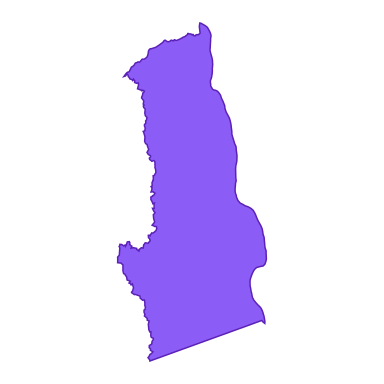 La Guadalupe, Guainía, Colombia
{"feature_id": "7082276B7133073110314", "entity_name": "La Guadalupe", "entity_type": "district", "adm_level": 2, "iso_a3": "COL", "parent_name": "Colombia", "parent_adm1": "Guainía", "projection": "equal_earth", "projection_center": [-67.046, 1.426], "detail": "fine", "context": "isolated", "style": "filled", "palette": "violet", "viewbox_px": 384, "rotation_deg": 0, "n_neighbors": 0, "source": "geoboundaries", "source_scale": "gbopen_adm2", "svg_char_len": 5910}
<svg xmlns="http://www.w3.org/2000/svg" viewBox="0 0 384 384"><path d="M123.9,76.5L125.5,76.0L125.8,75.4L126.3,74.9L126.9,73.8L127.9,74.9L128.3,76.6L129.2,77.5L129.9,78.9L132.3,79.8L132.7,80.5L133.5,79.2L134.1,80.2L134.8,80.9L134.6,82.5L136.6,83.3L138.3,83.0L138.5,85.1L137.5,88.8L140.1,89.8L140.8,89.7L141.5,90.8L142.1,90.9L142.8,90.2L144.3,91.1L143.7,92.5L142.8,93.0L142.5,95.2L141.7,97.0L141.6,98.0L142.1,98.5L142.6,99.4L143.6,100.5L143.7,101.7L143.2,104.1L144.1,105.1L143.3,106.0L143.7,107.5L145.2,109.1L144.8,112.9L145.3,115.7L146.9,117.4L146.5,120.0L145.6,120.9L145.8,123.1L144.5,124.5L144.4,125.9L145.2,127.9L144.8,130.8L143.2,131.4L143.8,132.7L145.0,137.0L144.6,141.2L145.6,143.6L147.2,144.5L147.3,145.2L147.3,145.8L147.7,146.8L148.1,148.0L148.7,149.3L147.0,152.4L148.3,154.5L150.5,155.8L150.6,156.8L149.3,158.2L149.7,159.5L151.9,161.3L153.8,160.5L154.8,161.4L155.0,163.6L154.9,164.4L155.1,166.1L154.9,167.7L155.5,169.1L155.9,172.3L154.3,175.4L153.1,175.8L153.3,177.5L153.3,179.1L153.2,180.3L152.9,180.3L152.6,181.4L152.0,182.7L152.2,185.8L151.0,186.6L152.0,187.8L151.9,188.4L151.8,189.9L151.0,192.0L153.3,191.8L153.7,192.4L155.0,193.2L153.8,195.2L152.5,195.7L152.5,196.3L150.9,197.0L150.9,198.6L150.9,199.6L152.1,201.7L152.9,203.8L154.4,203.1L154.1,204.5L154.1,206.7L154.2,208.4L152.5,208.3L153.7,211.1L155.0,212.6L154.2,213.8L153.3,214.8L153.7,218.8L154.7,221.9L154.0,222.9L152.1,225.2L153.7,225.9L154.6,226.5L155.4,226.4L156.4,226.7L156.6,227.5L156.8,228.4L156.6,228.6L156.1,230.5L155.8,230.8L154.9,231.4L154.6,232.0L153.7,232.5L152.9,233.1L151.7,232.9L150.9,234.2L150.5,234.7L150.1,235.8L149.2,235.2L148.3,235.3L148.5,237.7L149.7,239.0L150.1,240.9L149.0,242.0L148.3,243.2L145.2,242.8L144.4,244.0L143.6,245.0L143.2,248.0L141.2,247.7L140.8,248.4L139.1,249.4L139.2,250.1L138.9,251.1L136.7,249.4L136.7,248.4L133.6,247.7L131.1,248.1L131.9,246.2L131.0,245.7L129.7,244.4L129.9,242.9L129.3,241.6L127.3,241.9L126.2,245.1L125.8,245.6L125.4,246.3L125.0,245.1L123.5,245.8L121.8,244.5L119.9,244.3L119.7,245.7L119.1,246.4L119.8,247.9L119.3,255.2L117.6,257.1L117.7,258.8L117.7,259.9L117.7,261.6L117.6,262.7L121.4,263.2L122.1,264.3L123.0,264.9L122.9,267.1L123.0,269.0L122.9,270.5L123.6,273.6L125.0,274.2L125.4,275.3L126.6,276.9L127.1,280.0L130.2,281.2L129.4,282.5L129.0,283.0L130.3,283.5L131.1,284.9L132.4,283.9L133.5,287.9L133.1,289.0L132.7,290.8L131.5,292.2L131.8,292.9L132.7,293.4L134.3,294.6L135.8,294.5L137.1,295.1L139.9,296.0L140.3,298.4L141.2,298.9L142.5,300.2L144.4,300.0L144.9,303.3L144.8,305.5L145.4,307.1L145.0,309.6L144.1,310.0L144.0,312.0L144.4,313.2L144.9,314.6L144.4,315.9L147.2,318.4L147.2,319.2L147.2,320.2L149.1,321.0L148.3,324.1L148.8,329.7L149.3,330.7L149.7,331.9L150.9,331.8L150.8,335.9L151.3,337.4L153.3,338.2L153.3,339.5L152.7,340.4L152.1,341.2L151.7,344.0L149.3,345.5L149.2,347.7L150.5,348.9L150.4,350.3L152.9,351.8L151.5,353.5L150.0,354.4L148.9,356.6L148.0,357.6L148.4,358.2L149.1,359.0L149.8,360.1L149.9,361.0L261.7,320.5L263.1,322.1L264.8,323.4L264.9,321.4L264.2,317.3L263.8,315.4L263.5,314.7L263.0,312.8L262.2,310.5L261.1,308.3L259.8,306.7L257.9,304.9L256.0,302.8L253.8,300.1L252.5,297.5L252.0,295.4L251.6,293.0L251.0,291.0L250.7,288.5L250.1,285.7L250.0,282.5L250.1,280.1L250.7,277.9L252.3,273.5L253.8,270.5L255.4,268.5L256.9,267.4L261.3,266.3L263.1,266.0L264.9,264.2L265.8,261.7L266.4,259.1L266.3,256.6L266.1,254.0L266.1,250.9L265.0,247.5L264.1,237.4L263.0,234.0L262.7,231.5L262.1,228.6L260.8,225.6L258.7,221.9L257.4,219.4L255.4,214.3L254.2,212.0L253.1,210.2L251.0,208.4L248.5,207.0L246.8,206.3L245.3,205.9L242.9,204.4L240.2,203.1L237.9,200.4L236.5,197.1L236.3,195.5L235.6,193.7L235.1,191.3L235.1,188.5L235.4,185.6L235.6,182.8L236.2,180.9L235.8,177.8L235.6,169.0L235.8,165.8L236.8,161.4L237.0,155.8L236.3,150.2L236.0,146.5L234.7,143.7L232.5,136.5L231.9,134.4L231.8,131.4L230.9,124.0L230.3,121.2L229.4,118.1L227.7,114.9L226.1,111.9L224.9,108.2L224.7,105.6L222.8,100.9L221.8,99.0L221.1,97.2L220.6,95.3L219.1,93.1L217.6,91.3L215.7,90.3L213.8,90.0L212.6,89.2L210.7,86.0L210.7,83.9L210.4,82.9L210.4,80.7L210.9,79.3L211.5,77.7L212.2,73.4L212.4,70.6L212.3,68.8L212.7,64.4L212.5,61.9L212.5,60.5L211.8,57.1L210.8,53.7L210.0,50.3L210.4,44.8L210.4,43.5L210.6,41.2L210.6,40.1L210.6,39.1L210.7,37.9L210.9,37.0L211.0,36.0L210.9,34.8L210.5,33.5L210.0,32.2L209.3,30.7L208.6,29.5L207.8,28.0L207.0,27.0L206.1,26.3L205.0,25.5L203.0,24.4L201.1,23.3L199.8,23.0L199.3,26.5L200.1,33.2L198.7,34.4L198.1,34.8L197.7,34.8L197.3,34.6L196.9,34.6L196.3,34.8L195.9,34.9L195.6,35.4L195.3,35.8L194.3,35.8L193.9,35.7L193.6,35.3L193.5,34.8L193.0,34.4L192.7,34.5L192.4,34.8L192.1,34.9L191.5,34.3L191.1,34.1L190.4,33.9L188.6,33.8L188.4,33.8L188.1,33.4L187.9,33.4L187.8,33.5L187.7,33.7L187.6,34.3L187.4,34.7L186.2,35.4L185.8,35.8L185.5,36.2L185.3,36.4L184.4,36.7L183.9,37.0L183.4,37.0L183.1,37.1L182.9,37.3L182.6,37.7L182.4,37.8L182.0,38.0L181.6,38.0L181.2,38.2L180.8,38.6L180.6,38.8L180.0,39.0L177.0,40.3L176.5,40.4L175.7,40.4L174.9,39.8L174.4,39.7L174.2,39.8L173.7,40.7L173.3,40.8L172.7,40.7L171.7,40.2L171.2,40.2L170.8,40.4L170.4,40.9L170.1,41.1L168.9,41.6L168.2,41.8L167.8,41.7L167.2,41.5L166.1,40.9L165.6,40.4L165.3,40.3L164.9,40.2L164.5,40.4L164.0,40.7L163.2,41.9L162.4,42.7L161.2,43.5L159.3,45.0L158.6,45.4L157.9,45.9L157.2,46.3L156.6,46.8L156.0,47.1L155.2,47.5L154.5,47.7L153.2,48.1L151.7,48.6L150.3,48.8L149.9,49.0L149.6,49.2L149.3,49.5L149.0,50.0L148.5,50.9L148.3,52.0L148.2,53.4L147.7,55.2L147.3,56.4L147.0,56.9L146.6,57.4L146.1,57.8L145.0,58.6L144.5,59.0L144.2,59.2L143.8,59.2L142.6,59.1L142.0,59.3L141.8,59.5L141.2,60.4L139.9,61.8L139.6,62.1L139.1,62.2L138.3,61.9L138.0,61.9L137.6,62.1L137.1,62.5L135.9,62.8L135.2,63.2L134.9,63.7L134.3,64.9L133.9,65.4L132.8,66.3L132.2,66.7L131.6,67.0L131.2,67.4L131.1,67.6L131.0,68.1L130.8,68.4L130.2,69.7L129.8,70.4L129.5,71.2L129.2,71.6L128.9,71.9L128.0,72.0L127.7,72.3L127.2,72.5L126.7,72.9L126.2,73.4L123.9,76.5Z" fill="#8b5cf6" stroke="#5b21b6" stroke-width="1.5"/></svg>